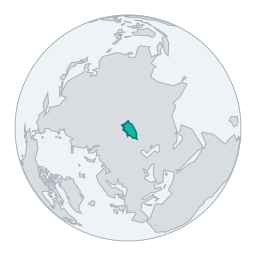 globe centered on Qaraghandy, rotated 240°
{"feature_id": "KAZ-3203", "entity_name": "Qaraghandy", "entity_type": "Region", "adm_level": 1, "iso_a3": "KAZ", "parent_name": "Kazakhstan", "parent_adm1": "", "projection": "orthographic", "projection_center": [73.067, 48.605], "detail": "fine", "context": "on_globe", "style": "filled", "palette": "teal", "viewbox_px": 256, "rotation_deg": 240, "n_neighbors": 0, "source": "natural_earth", "source_scale": "10m", "svg_char_len": 13022}
<svg xmlns="http://www.w3.org/2000/svg" viewBox="0 0 256 256"><g transform="rotate(240 128 128)"><circle cx="128" cy="128" r="113" fill="#eef3f6" stroke="#a8b0b8"/><path d="M153.6,18.3L153.8,18.4L150.9,18.8L148.7,18.1L148.3,18.5L151.0,19.6L152.9,20.3L155.1,25.0L163.4,31.5L168.7,33.3L165.4,33.3L177.3,36.8L183.5,41.3L174.8,36.5L172.6,36.2L176.0,39.2L174.5,39.6L175.2,41.4L173.1,41.7L168.2,39.1L166.7,39.4L169.2,41.5L168.7,43.3L165.2,40.1L163.9,43.1L155.4,39.9L148.0,32.1L141.6,31.5L129.5,26.8L128.9,27.9L123.9,27.1L121.4,28.2L119.8,27.3L119.2,29.0L121.0,29.7L121.4,30.7L120.0,31.5L117.9,30.3L118.2,29.8L116.9,29.8L116.3,29.0L115.9,29.8L113.4,28.5L113.9,31.0L110.2,30.9L109.1,29.7L111.8,28.3L116.0,22.8L115.7,21.6L112.5,21.0L101.1,23.0L99.7,22.4L95.9,22.8L95.5,23.6L98.3,23.7L96.6,25.7L100.2,25.8L100.1,26.7L102.8,27.7L99.5,29.2L94.9,30.3L92.5,29.7L90.4,30.2L90.4,32.4L83.7,33.0L75.5,36.6L74.1,36.7L75.4,33.8L81.2,29.7L82.9,26.8L78.9,30.5L75.4,31.1L73.6,32.1L72.2,33.2L72.4,33.8L70.6,34.5L73.8,30.9L75.5,30.2L74.5,31.2L77.1,29.4L79.3,27.4L77.4,28.1L82.7,25.0L81.4,25.5L81.8,25.3L83.6,24.6L81.8,25.3L89.4,22.2L97.1,19.7L105.0,17.7L113.1,16.4L121.2,15.6L129.4,15.4L137.5,15.8L145.6,16.7L153.6,18.3ZM154.0,20.6L151.2,19.6L149.3,18.6L151.8,19.2L154.0,20.6ZM157.4,23.2L155.7,22.7L156.4,21.9L157.2,22.4L157.4,23.2ZM172.8,34.6L170.8,33.2L173.3,34.5L172.8,34.6ZM175.7,41.6L176.8,41.9L176.7,42.7L175.7,41.6ZM104.4,26.8L103.6,27.2L103.5,26.8L104.4,26.8ZM106.3,26.8L106.7,26.1L107.7,26.0L107.4,26.5L106.3,26.8ZM173.4,44.0L173.0,45.3L172.6,43.5L173.4,44.0ZM105.5,27.8L109.4,26.0L111.1,25.9L111.4,27.7L105.5,27.8ZM172.2,45.8L171.3,49.2L173.6,50.1L166.7,49.6L169.7,46.7L168.8,44.3L170.6,45.7L172.2,45.8ZM122.2,29.6L120.1,28.9L123.1,28.8L122.2,29.6ZM124.0,29.3L132.6,28.0L135.0,29.5L131.6,29.6L135.7,31.2L132.6,32.6L129.7,32.1L128.8,30.7L128.3,32.3L124.0,29.3ZM163.0,49.0L162.1,49.5L162.1,48.5L163.0,49.0ZM121.7,31.1L123.2,30.7L125.4,32.0L122.8,33.2L122.9,32.4L121.7,31.1ZM138.3,31.1L139.4,32.4L137.3,33.8L137.4,34.5L132.8,32.8L138.3,31.1ZM121.8,32.5L121.4,33.8L119.1,33.9L120.4,31.7L121.8,32.5ZM127.1,31.8L128.0,32.5L126.6,32.5L127.1,31.8ZM111.0,35.4L112.8,34.6L114.1,35.2L111.0,35.4ZM121.4,34.3L122.2,34.3L122.9,34.4L122.2,35.4L121.4,34.3ZM131.6,34.0L130.4,34.4L133.4,34.8L131.9,36.0L129.1,34.7L129.6,35.8L129.2,36.2L127.4,34.7L131.6,34.0ZM123.6,36.9L119.5,35.9L115.9,37.0L114.7,36.5L120.6,34.7L123.6,36.9ZM126.0,35.7L124.2,36.3L123.6,35.3L124.4,34.2L126.0,35.7ZM131.9,37.4L134.9,35.8L135.4,36.2L131.9,37.4ZM122.7,37.4L123.7,37.7L122.5,37.6L122.7,37.4ZM129.2,37.6L130.2,37.0L130.8,37.4L129.2,37.6ZM124.9,38.8L123.5,38.4L124.0,37.7L124.9,38.8ZM126.9,38.4L127.5,39.1L125.0,37.6L127.3,38.0L126.9,38.4ZM129.6,38.1L130.2,38.1L129.1,38.3L129.6,38.1ZM123.7,41.9L120.5,40.2L121.6,38.5L124.6,40.4L123.7,41.9ZM40.4,198.8L33.2,188.1L33.1,185.6L31.7,181.1L26.5,166.1L27.5,162.0L26.6,158.0L24.5,155.2L23.7,150.3L22.5,148.1L17.1,135.5L16.6,126.7L19.1,108.1L20.9,106.0L23.5,100.2L38.3,97.6L39.0,102.7L47.8,112.7L48.5,115.0L44.8,118.8L49.3,133.4L53.9,131.8L60.7,141.8L66.8,145.7L73.7,137.7L63.6,131.1L64.5,125.2L74.7,126.5L83.9,132.5L84.6,130.5L80.9,123.0L85.3,120.9L80.0,120.1L80.5,123.0L77.1,122.7L76.5,120.1L78.0,119.4L75.9,116.8L68.9,121.3L68.7,124.7L61.7,120.9L60.7,126.4L58.0,127.0L58.7,118.1L60.4,115.9L60.0,104.2L57.6,106.1L57.9,117.4L56.8,115.5L53.6,118.5L55.2,114.7L55.5,102.2L50.7,98.3L40.6,100.8L38.7,98.0L38.8,92.8L46.4,85.3L50.0,92.5L52.7,90.3L55.4,84.0L56.2,86.8L57.7,85.3L59.4,87.8L65.1,87.2L67.3,89.4L72.8,85.2L74.7,85.9L70.9,88.1L69.5,91.0L75.4,96.7L77.5,96.7L80.5,93.6L81.8,95.7L84.0,92.0L88.9,93.9L84.7,88.6L88.2,85.2L93.0,84.4L93.3,82.4L85.6,83.9L83.2,85.3L82.4,88.0L75.2,91.7L72.5,90.6L77.1,83.5L73.8,81.4L78.9,77.1L96.6,75.3L102.4,76.8L105.1,86.7L101.9,88.2L99.4,85.3L98.8,91.2L100.2,89.2L101.3,91.1L104.9,88.6L105.8,89.9L107.7,85.5L109.2,86.8L107.9,89.5L114.5,87.3L118.5,89.3L119.6,88.2L119.6,86.5L124.7,90.3L125.2,89.4L123.8,87.7L123.9,84.9L126.2,81.4L127.8,82.9L127.2,84.3L128.4,89.8L126.6,93.7L127.5,94.0L129.5,91.0L128.0,84.3L128.9,81.8L130.1,84.8L129.7,83.5L130.7,82.7L133.2,83.4L132.1,80.1L140.5,70.6L146.1,71.4L146.2,74.9L153.8,70.6L159.5,72.3L158.2,70.7L160.9,67.9L159.1,67.3L158.7,66.4L164.8,59.6L167.5,59.4L168.7,55.1L168.0,54.4L166.0,54.3L166.7,49.6L173.6,50.1L174.8,51.7L178.3,51.1L180.6,55.1L184.1,58.2L184.5,63.2L187.3,65.5L188.3,65.0L192.8,67.9L198.4,75.9L189.2,71.5L179.9,60.9L183.3,65.3L181.2,65.0L181.5,67.0L184.1,70.2L185.2,70.1L182.1,79.6L185.5,90.1L188.6,87.0L192.1,88.2L198.6,98.7L198.5,118.1L203.1,120.9L204.4,123.8L202.6,127.5L200.7,123.2L197.5,123.3L196.7,120.5L193.1,125.2L191.8,121.4L189.7,127.2L192.2,129.4L195.8,126.5L194.5,133.4L200.2,136.2L202.5,142.0L198.6,156.3L192.2,163.1L192.1,165.1L188.7,164.4L185.5,169.7L192.8,177.0L193.0,179.8L187.2,187.6L186.8,185.8L177.8,183.9L177.0,190.9L183.9,193.7L186.3,198.6L181.4,198.7L178.8,194.4L175.6,193.6L175.9,187.9L172.0,180.1L167.0,183.2L166.8,179.5L160.7,173.1L153.2,177.0L141.7,188.2L141.1,197.1L136.7,201.1L128.9,188.7L127.2,179.6L123.2,180.3L116.1,171.8L100.6,168.9L99.4,166.1L96.3,166.6L91.4,162.7L90.0,157.9L86.6,157.1L90.7,169.6L94.4,170.5L99.0,167.4L99.3,171.4L104.1,175.8L95.1,182.8L73.7,183.4L73.4,176.3L66.2,151.4L67.4,149.4L67.4,149.2L67.5,148.6L65.0,151.5L64.4,146.5L66.3,163.3L65.9,169.4L73.4,183.7L72.3,184.2L75.2,187.6L86.8,189.1L86.5,191.2L79.9,198.7L65.4,204.0L68.4,211.9L69.1,216.8L62.3,215.6L65.3,219.5L62.1,218.2L63.5,219.8L62.2,219.4L61.2,218.7L53.7,212.6L46.7,206.0L40.4,198.8ZM30.4,102.7L29.3,104.2L30.4,102.7ZM91.9,143.8L98.6,146.6L98.7,139.2L101.2,139.8L100.3,137.2L98.6,138.7L96.8,131.8L100.8,131.0L101.6,128.0L99.4,126.9L92.4,129.6L94.9,139.4L92.0,141.4L91.9,143.8ZM75.2,31.3L74.9,31.6L73.2,32.8L73.6,32.2L75.2,31.3ZM68.3,38.6L65.6,39.6L67.8,38.4L67.7,37.7L72.3,34.5L73.6,36.6L72.2,36.2L68.3,38.6ZM78.8,31.1L75.7,32.7L79.0,30.8L78.8,31.1ZM64.5,74.7L63.9,76.9L61.7,78.0L58.9,75.8L62.1,74.1L64.5,74.7ZM63.7,79.8L69.1,73.7L71.1,75.0L69.1,75.2L69.8,76.7L66.8,77.6L63.4,85.1L61.2,86.5L57.2,81.3L59.7,82.1L60.1,79.8L63.7,79.8ZM79.5,57.7L81.9,55.7L83.0,61.1L80.7,62.5L77.8,60.2L78.8,57.3L79.5,57.7ZM105.3,31.6L106.1,30.9L106.7,31.2L106.5,32.0L105.3,31.6ZM111.8,35.0L102.3,35.4L102.8,34.5L96.7,36.1L95.5,34.4L99.5,33.4L94.1,33.4L97.2,31.8L93.4,32.2L102.4,30.1L105.0,28.8L102.5,30.8L103.5,32.3L104.7,32.6L110.1,32.6L116.2,30.9L118.1,32.4L117.9,33.9L116.7,34.5L115.8,33.3L114.9,35.0L112.7,33.8L111.8,35.0ZM113.8,53.4L113.2,51.2L111.0,55.4L108.8,53.8L108.7,54.4L106.1,54.2L102.6,54.9L102.0,53.9L101.0,54.7L99.2,54.6L97.5,55.3L95.9,53.9L93.7,54.7L94.1,53.5L90.8,55.4L92.5,53.4L90.4,53.2L89.9,55.2L84.9,46.6L81.5,44.9L77.7,44.7L81.1,41.5L86.9,39.9L93.1,39.6L95.9,41.9L97.0,40.2L98.6,40.8L97.1,41.9L100.4,40.6L101.4,41.4L107.0,41.8L111.1,39.8L113.3,40.0L112.1,41.2L115.1,40.6L114.3,43.1L115.9,43.3L116.6,46.2L113.5,48.6L115.5,48.7L116.2,51.1L113.8,53.4ZM123.8,42.8L120.6,45.8L117.8,46.5L117.6,41.3L116.3,40.7L116.0,37.6L120.1,36.7L119.8,37.7L120.4,38.4L118.9,38.4L120.6,38.9L120.3,40.3L121.5,41.1L120.1,41.9L123.8,42.8ZM50.9,114.8L51.7,116.1L53.3,117.5L51.4,119.5L50.9,114.8ZM51.0,106.2L51.9,106.9L49.9,110.3L49.1,109.0L51.0,106.2ZM54.2,104.6L52.1,106.7L52.7,104.8L54.2,104.6ZM72.0,88.6L73.2,89.2L72.7,90.1L71.2,90.8L72.0,88.6ZM106.7,66.3L106.8,64.7L107.6,64.6L110.0,61.7L111.9,62.8L111.1,65.0L106.7,66.3ZM71.0,138.3L68.3,139.0L67.8,137.5L68.8,137.5L71.0,138.3ZM58.6,129.2L60.6,132.6L58.0,129.7L58.6,129.2ZM109.1,67.0L109.9,65.6L110.3,67.0L109.1,67.0ZM113.3,63.4L114.1,64.8L112.4,62.6L113.3,63.4ZM86.2,222.8L83.3,228.3L78.5,226.4L76.1,223.9L76.2,220.0L81.3,220.7L83.4,219.1L86.2,222.8ZM207.8,198.4L210.1,196.9L209.9,197.3L207.8,198.4ZM205.4,199.1L208.2,197.2L204.8,200.1L205.4,199.1ZM209.2,196.5L212.0,193.9L213.2,192.4L212.9,193.2L209.2,196.5ZM203.5,200.3L192.4,206.5L187.8,207.8L189.0,206.2L196.4,202.8L203.5,200.3ZM188.6,206.3L181.4,205.9L170.4,198.8L174.4,197.8L185.6,200.5L184.9,201.8L189.3,202.7L188.6,206.3ZM205.5,191.2L204.7,194.8L198.8,198.1L195.9,199.1L194.0,195.9L195.1,193.2L197.5,192.1L205.8,179.3L208.8,179.3L206.5,184.2L208.9,185.6L205.5,191.2ZM141.7,197.9L144.7,202.6L142.2,203.6L141.7,197.9ZM208.5,171.4L205.6,177.2L208.0,170.4L208.5,171.4ZM209.6,165.6L210.1,167.3L208.4,166.4L209.6,165.6ZM192.6,167.8L190.2,169.5L189.8,168.1L192.7,165.2L192.6,167.8ZM204.2,146.9L205.3,151.2L205.2,152.9L203.6,151.0L204.2,146.9ZM125.7,75.7L120.3,78.4L117.7,81.4L118.0,84.6L115.2,81.4L119.3,76.8L125.7,75.7ZM138.5,71.0L138.1,68.5L139.8,68.9L140.1,69.6L138.5,71.0ZM137.2,69.9L133.9,68.0L134.7,66.2L137.1,68.0L137.2,69.9ZM121.3,67.2L119.6,67.9L119.3,66.7L121.3,67.2ZM191.7,220.9L192.7,220.2L193.4,218.7L194.5,218.0L195.8,215.7L206.6,206.5L214.8,196.0L218.8,192.2L223.0,184.7L226.6,180.3L224.5,185.0L226.9,181.9L231.6,170.9L231.0,173.5L227.1,181.5L222.6,189.2L217.4,196.5L211.7,203.3L205.5,209.7L198.8,215.6L191.7,220.9ZM213.4,194.3L216.8,189.4L218.5,187.7L213.4,194.3ZM235.5,160.0L236.2,159.5L235.0,162.8L234.0,164.2L232.2,169.2L228.6,174.8L229.7,172.1L229.5,170.7L225.2,175.6L224.4,175.2L226.1,172.3L222.9,174.7L226.4,170.1L227.6,171.5L229.5,166.7L232.3,163.1L234.6,159.7L236.0,158.2L235.5,160.0ZM226.0,176.6L226.6,175.9L225.9,177.4L226.0,176.6ZM238.9,147.7L238.8,148.0L238.9,147.2L239.1,146.8L238.9,147.7ZM236.4,156.9L238.1,150.3L238.4,149.3L237.2,154.8L236.4,156.9ZM237.9,149.7L238.5,148.1L238.6,148.4L238.5,149.2L237.9,149.7ZM218.9,181.7L218.7,182.7L217.7,183.0L218.9,181.7ZM220.2,180.0L223.1,178.0L219.9,181.0L220.2,180.0ZM210.5,185.2L211.5,186.5L214.6,182.8L212.2,186.5L214.1,188.1L213.3,189.9L211.5,188.0L210.5,192.1L209.1,193.1L208.5,190.6L210.1,185.7L211.4,183.0L216.9,178.0L210.5,185.2ZM220.3,177.6L219.5,175.9L220.1,173.8L220.9,174.2L220.3,177.6ZM216.7,172.2L214.2,171.0L212.2,173.8L215.9,166.2L217.8,168.6L216.7,172.2ZM214.0,167.1L212.2,169.7L213.9,165.6L214.0,167.1ZM211.5,169.1L211.0,167.1L212.6,166.2L211.5,169.1ZM215.1,166.4L214.8,162.4L216.0,164.0L215.1,166.4ZM209.4,162.7L213.5,163.7L208.7,165.5L206.9,158.3L208.8,156.8L209.4,162.7ZM210.0,123.4L208.7,121.4L210.0,119.5L210.5,121.3L210.0,123.4ZM212.9,111.9L209.9,118.4L207.2,123.7L208.8,123.8L209.5,128.4L206.4,126.3L207.1,119.7L209.4,116.4L208.3,112.7L209.1,108.5L206.7,104.8L206.5,102.2L209.4,104.6L212.9,111.9ZM205.5,103.4L201.6,96.1L204.7,94.3L206.2,95.5L206.7,99.5L205.1,100.2L205.5,103.4ZM201.5,93.9L199.9,94.6L190.7,86.7L189.5,84.6L198.1,89.3L197.1,90.3L198.8,92.6L201.5,93.9ZM163.1,50.1L162.2,49.6L163.4,49.6L163.1,50.1ZM157.6,66.2L157.2,64.9L158.7,64.8L157.6,66.2ZM156.9,61.4L155.6,62.3L156.3,60.7L156.9,61.4ZM152.7,64.6L154.7,62.4L153.7,65.4L152.7,64.6Z" fill="#d9dde1" stroke="#a8b0b8" stroke-width="1"/><path d="M118.3,127.1L118.5,127.0L118.7,126.9L118.9,126.8L119.1,126.8L119.6,126.4L119.8,126.2L120.0,126.2L121.0,125.3L121.3,125.0L121.3,124.9L121.3,124.7L121.8,124.5L121.9,124.4L122.0,124.3L121.9,124.2L121.8,123.9L121.7,123.8L122.2,123.9L122.4,123.7L122.5,123.7L122.9,123.7L122.9,124.0L122.8,124.3L122.7,124.6L123.1,124.9L123.3,124.8L123.3,124.7L123.5,124.6L123.8,124.7L123.8,124.8L124.1,124.8L124.4,124.7L124.5,124.8L124.4,125.1L124.5,125.2L124.9,125.1L125.0,124.7L125.3,124.8L125.3,124.6L125.3,124.4L125.5,124.4L125.6,124.2L125.8,124.1L126.1,123.9L126.2,123.7L126.3,123.8L126.5,123.8L126.6,124.0L126.5,124.3L126.5,124.5L126.5,124.4L127.0,124.4L127.0,124.2L127.3,124.2L127.3,123.9L127.5,123.8L127.7,123.7L127.8,123.6L128.0,123.6L128.2,123.4L128.3,123.4L128.5,123.3L128.6,123.2L128.4,123.1L128.3,122.9L128.2,122.9L128.3,122.8L128.6,122.8L128.8,122.8L129.2,122.9L129.2,123.0L129.3,123.1L129.2,123.3L129.2,123.7L129.2,123.9L129.1,124.0L129.3,124.1L129.6,124.1L129.8,124.0L130.0,124.1L130.0,124.3L130.3,124.4L130.4,124.5L130.5,124.5L130.4,124.6L130.5,124.7L130.6,124.8L130.4,124.9L130.4,125.0L130.5,125.2L130.8,125.0L130.9,124.9L131.3,124.9L131.9,124.7L132.1,124.8L132.1,124.6L132.3,124.6L132.6,124.6L132.6,124.4L132.6,124.2L132.9,123.9L133.0,123.9L133.2,124.0L133.4,124.1L133.7,124.2L133.8,124.3L133.8,124.5L133.8,124.8L133.5,125.1L133.4,125.2L133.2,125.3L133.2,125.5L133.2,125.8L133.0,126.0L132.7,126.1L132.6,126.4L132.6,126.6L132.8,126.6L132.9,126.8L133.1,127.0L132.9,127.1L132.9,127.4L133.1,127.5L133.3,127.4L133.6,127.4L133.6,127.6L133.6,127.8L133.4,128.0L133.1,128.1L133.1,128.3L133.2,128.5L133.3,128.5L133.5,128.5L133.3,128.6L133.4,128.8L133.5,128.8L133.5,129.0L133.4,129.3L133.3,129.8L133.4,130.2L133.2,130.2L133.2,130.3L133.1,130.5L133.3,130.8L133.6,130.8L133.7,130.7L134.0,130.6L134.1,131.3L134.1,131.6L133.9,131.7L133.7,131.7L133.7,131.8L133.4,131.8L133.4,131.7L133.2,131.7L133.1,131.8L132.9,131.8L132.9,131.7L132.7,131.7L132.7,131.8L132.5,131.7L132.5,131.8L132.5,131.7L132.4,131.7L132.2,131.7L131.8,131.7L131.5,131.7L131.2,131.7L130.3,132.3L129.5,133.2L122.7,133.1L120.1,132.9L120.1,132.7L119.9,132.7L119.7,132.7L117.8,132.0L117.6,131.9L117.3,131.6L117.1,131.5L115.6,130.7L115.3,130.6L115.0,130.4L114.8,130.4L114.5,130.1L114.1,130.1L114.4,129.9L116.2,128.9L116.4,128.8L116.3,128.6L116.1,128.2L116.5,127.9L116.5,127.7L116.8,127.6L116.9,127.4L117.1,127.3L117.3,127.0L117.7,126.9L118.3,127.1Z" fill="#14b8a6" stroke="#0f766e" stroke-width="1.5"/></g></svg>